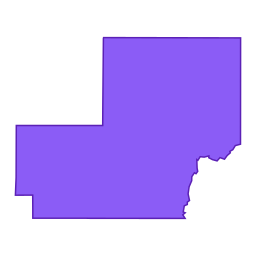 Meade, South Dakota, United States of America (Mercator projection)
{"feature_id": "52423323B5171660117524", "entity_name": "Meade", "entity_type": "district", "adm_level": 2, "iso_a3": "USA", "parent_name": "United States of America", "parent_adm1": "South Dakota", "projection": "mercator", "projection_center": [-102.545, 44.59], "detail": "fine", "context": "isolated", "style": "filled", "palette": "violet", "viewbox_px": 256, "rotation_deg": 0, "n_neighbors": 0, "source": "geoboundaries", "source_scale": "gbopen_adm2", "svg_char_len": 694}
<svg xmlns="http://www.w3.org/2000/svg" viewBox="0 0 256 256"><path d="M103.6,37.6L103.4,38.5L102.8,108.1L102.7,125.5L16.3,125.5L16.1,177.6L15.4,195.2L32.7,195.1L32.8,209.7L32.8,218.2L55.3,218.2L78.8,218.2L86.0,218.2L90.3,218.3L185.1,218.4L182.8,214.8L185.2,212.8L183.2,212.0L184.3,205.8L187.3,204.5L187.3,202.1L189.5,200.5L188.1,193.9L189.1,186.8L191.7,180.7L191.8,176.7L194.4,172.8L196.0,173.7L197.7,171.4L197.1,168.1L196.8,159.6L197.9,160.3L200.2,156.7L204.2,157.1L208.9,155.9L208.8,157.7L212.4,159.6L217.1,160.9L220.0,157.6L224.5,159.2L227.2,155.5L230.3,152.8L229.8,151.4L232.8,149.7L235.3,145.6L240.5,144.2L240.6,37.9L103.6,37.6Z" fill="#8b5cf6" stroke="#5b21b6" stroke-width="1.5"/></svg>